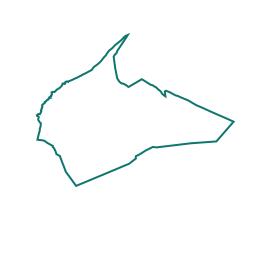 outline of Klæbu nor, Sør-Trøndelag, Norway, rotated 304°
{"feature_id": "86288312B3203953779566", "entity_name": "Klæbu nor", "entity_type": "district", "adm_level": 2, "iso_a3": "NOR", "parent_name": "Norway", "parent_adm1": "Sør-Trøndelag", "projection": "mercator", "projection_center": [10.509, 63.25], "detail": "fine", "context": "isolated", "style": "outline", "palette": "teal", "viewbox_px": 256, "rotation_deg": 304, "n_neighbors": 0, "source": "geoboundaries", "source_scale": "gbopen_adm2", "svg_char_len": 4366}
<svg xmlns="http://www.w3.org/2000/svg" viewBox="0 0 256 256"><g transform="rotate(304 128 128)"><path d="M205.0,75.8L203.0,74.5L201.7,74.1L201.0,74.0L199.7,73.7L198.6,73.6L196.6,73.2L193.9,72.3L193.4,72.2L191.0,71.5L189.7,71.0L186.0,70.4L184.7,70.1L183.2,69.6L181.5,69.0L181.4,69.0L178.6,68.9L175.5,69.0L173.6,68.6L167.4,68.1L163.6,67.1L160.3,65.9L159.1,65.5L155.9,65.5L149.4,62.1L147.0,60.6L146.1,60.1L145.3,60.0L144.9,59.6L140.5,57.2L139.3,56.3L136.6,54.8L133.5,52.7L133.1,52.7L133.2,52.4L133.0,52.1L132.9,52.1L132.7,52.0L132.7,51.8L132.6,51.7L132.4,51.6L132.3,51.4L132.2,51.3L132.2,51.2L131.9,50.8L131.9,50.7L131.7,50.6L131.3,50.6L131.1,50.4L130.8,50.4L130.7,50.6L130.5,50.8L130.3,50.9L130.1,50.9L129.8,50.9L129.6,51.0L129.4,51.0L129.3,50.8L129.2,50.8L129.2,50.7L129.4,50.7L129.4,50.4L129.1,50.2L128.9,50.2L128.8,49.9L128.9,49.7L128.8,49.4L128.7,49.3L128.6,49.2L128.4,49.2L128.2,49.0L127.8,49.2L127.5,49.3L127.3,49.2L127.2,49.3L125.9,49.5L123.2,49.0L121.9,48.5L121.7,48.3L120.7,48.0L120.5,47.8L120.2,47.7L119.9,47.5L119.7,47.5L119.2,47.4L118.8,47.4L118.3,47.3L118.1,47.2L117.7,47.0L117.3,47.1L117.2,47.1L116.9,47.0L116.9,46.9L116.7,46.8L116.6,46.6L116.4,46.4L116.3,46.1L116.2,46.0L116.1,45.9L115.8,45.7L115.7,45.6L115.5,45.3L115.5,45.1L115.3,45.1L115.2,45.1L114.9,45.2L114.7,44.9L114.6,45.0L114.3,45.2L114.1,45.3L113.7,45.5L113.4,45.8L113.3,46.1L113.1,46.1L112.9,46.2L112.7,46.2L112.4,46.3L112.2,46.3L112.0,46.2L111.9,46.3L111.7,46.4L111.5,46.2L111.3,46.3L111.3,46.5L111.2,46.5L111.0,46.4L110.9,46.3L111.0,46.3L111.0,46.2L110.8,46.2L110.3,46.0L110.2,46.1L109.9,45.9L109.7,45.8L109.6,46.0L109.4,46.3L109.4,46.5L109.1,46.2L108.9,45.9L108.8,46.0L108.5,45.9L108.1,45.9L107.9,45.9L107.6,45.8L107.5,46.0L107.4,46.0L107.3,45.9L107.2,45.8L107.2,45.7L106.7,45.6L106.6,45.8L106.3,45.6L106.1,45.4L105.7,45.2L105.3,45.1L104.9,45.2L104.6,45.1L104.3,45.0L104.0,45.1L103.6,44.9L103.4,44.7L103.2,44.5L102.8,44.9L102.4,44.9L102.2,44.9L101.8,44.9L101.7,44.7L101.2,44.6L100.6,44.4L100.2,44.4L99.8,44.1L99.5,44.0L99.4,44.1L99.2,44.2L98.8,44.2L98.4,44.3L98.3,44.6L98.2,44.7L97.9,44.9L97.9,45.0L97.7,45.1L97.3,45.0L97.0,45.1L97.0,45.3L96.4,45.3L96.2,45.5L95.9,45.7L95.3,45.7L95.2,45.7L94.9,46.0L94.3,46.0L94.0,45.9L93.9,45.9L93.8,46.0L93.7,46.3L93.6,46.5L93.3,46.6L93.1,46.8L93.0,47.0L92.9,47.0L92.6,47.0L92.5,46.9L91.8,47.0L91.4,47.2L91.2,47.1L90.5,47.3L90.3,47.3L90.1,47.0L90.1,46.9L89.9,46.8L89.8,46.7L89.8,46.3L89.7,46.2L89.4,46.0L89.4,45.9L89.1,45.7L88.8,45.7L88.3,45.7L88.1,45.6L87.6,45.3L87.3,45.6L87.2,45.8L87.2,46.2L87.4,46.7L87.4,46.9L87.3,47.7L87.2,47.8L87.1,48.0L86.8,48.1L86.0,48.3L85.3,48.5L84.8,48.8L84.6,49.0L84.1,50.0L83.8,50.8L83.4,51.6L83.3,51.8L83.3,52.3L83.2,52.9L83.1,53.2L80.5,54.6L78.1,55.3L77.6,55.6L77.2,55.9L75.7,56.6L75.4,56.7L75.1,56.8L74.7,56.8L74.4,56.9L73.4,57.3L70.4,58.4L67.6,59.5L68.1,60.4L68.3,60.7L68.7,61.7L69.3,62.6L69.6,63.2L69.7,63.6L70.2,64.4L70.5,65.5L70.7,66.3L70.5,69.4L70.9,73.7L71.0,74.8L71.0,75.0L71.1,75.3L71.1,75.5L70.9,75.5L70.8,75.8L70.7,75.9L70.5,76.0L70.4,76.2L70.2,76.3L70.2,76.5L70.2,76.8L70.2,77.0L70.1,77.3L70.0,77.5L69.9,77.7L69.9,77.8L69.0,79.6L67.6,81.7L67.2,82.2L66.3,83.3L66.7,87.2L61.9,93.8L60.6,95.8L57.0,100.8L54.0,109.1L51.0,117.3L55.6,120.4L67.0,127.9L85.7,140.2L94.6,146.0L98.9,148.9L107.1,151.6L107.5,151.1L108.2,150.7L109.0,150.3L112.3,152.2L119.3,155.3L120.2,155.8L122.1,156.9L124.2,158.1L126.2,159.2L127.8,162.4L150.6,188.8L166.3,208.8L192.3,212.0L190.7,202.7L188.8,192.7L186.3,178.1L185.1,171.8L184.5,162.3L183.8,158.9L182.8,154.0L182.4,151.3L181.7,149.4L181.5,148.1L181.2,144.8L181.1,143.2L180.6,140.9L180.2,139.0L179.9,138.5L178.8,138.1L175.2,141.3L175.2,139.0L175.4,137.5L175.6,136.8L176.4,135.3L176.6,134.5L176.9,132.2L176.8,131.9L177.0,130.5L177.1,130.2L177.4,128.9L177.5,128.2L177.4,127.5L177.2,127.2L177.1,126.4L177.3,124.9L177.2,124.6L177.0,123.8L176.7,123.1L176.5,122.4L176.2,112.2L175.0,111.6L163.1,105.9L162.3,105.4L162.3,105.1L162.3,104.7L162.3,104.2L162.3,103.9L162.4,103.7L162.4,103.4L162.5,103.2L162.5,102.7L162.5,102.4L162.3,102.0L162.3,101.9L162.3,101.6L162.4,101.2L162.4,100.9L162.3,100.5L162.3,100.2L162.2,100.1L162.1,99.6L162.0,99.1L161.8,98.6L161.8,98.3L161.7,98.0L161.5,97.5L161.4,97.5L161.4,97.3L161.3,97.2L161.6,94.9L163.2,91.2L170.7,83.7L172.4,82.2L179.0,76.3L181.0,76.1L182.5,76.3L183.3,76.6L186.2,76.0L201.8,75.9L205.0,75.8Z" fill="none" stroke="#0f766e" stroke-width="2"/></g></svg>